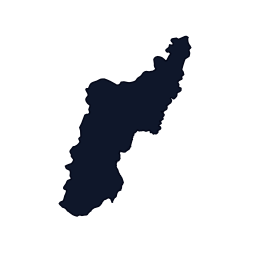 Elías, Huila, Colombia, rotated 330°
{"feature_id": "7082276B98315935443", "entity_name": "Elías", "entity_type": "district", "adm_level": 2, "iso_a3": "COL", "parent_name": "Colombia", "parent_adm1": "Huila", "projection": "orthographic", "projection_center": [-75.954, 2.003], "detail": "fine", "context": "isolated", "style": "filled", "palette": "ink", "viewbox_px": 256, "rotation_deg": 330, "n_neighbors": 0, "source": "geoboundaries", "source_scale": "gbopen_adm2", "svg_char_len": 5827}
<svg xmlns="http://www.w3.org/2000/svg" viewBox="0 0 256 256"><g transform="rotate(330 128 128)"><path d="M225.2,79.6L224.5,78.1L223.3,77.4L216.2,76.6L215.5,75.8L214.8,74.5L211.2,73.1L210.1,73.0L209.2,73.7L209.1,74.8L209.6,76.4L209.4,77.4L209.1,78.1L208.3,78.5L207.7,78.6L207.1,78.2L206.7,77.7L205.6,76.9L204.5,78.1L203.9,78.7L202.9,78.9L200.2,79.3L199.6,79.9L199.7,81.0L200.0,81.8L201.3,82.3L201.9,82.9L202.2,84.8L201.5,85.5L199.6,86.3L195.6,88.9L194.7,88.9L193.9,88.5L193.5,86.8L192.4,84.1L191.1,82.5L189.2,81.0L187.3,80.6L185.8,80.9L184.7,81.7L183.3,85.3L182.1,87.4L181.8,88.8L181.8,90.6L181.4,91.1L180.2,91.3L177.9,91.4L176.0,90.6L174.4,90.1L172.1,88.3L170.9,87.9L169.6,87.9L168.6,88.1L166.3,89.2L164.6,89.7L162.9,89.7L161.0,89.9L159.4,90.7L158.0,91.2L156.2,91.0L154.5,90.6L152.1,89.8L150.7,88.9L147.5,86.1L145.0,85.0L143.0,86.1L141.7,86.2L139.6,85.4L138.7,83.7L135.8,78.9L134.0,76.4L132.0,73.9L130.4,73.0L128.9,72.3L127.1,72.1L124.6,72.0L123.2,71.7L120.5,71.2L119.0,71.1L117.5,71.4L116.2,72.2L113.4,74.3L112.0,73.4L111.4,73.3L110.9,73.6L110.7,74.4L110.6,78.1L110.2,79.4L109.4,80.3L107.3,81.1L106.0,82.0L105.4,83.5L105.4,85.2L105.6,86.7L106.5,89.1L106.4,89.9L103.5,92.4L102.9,95.0L102.3,95.8L101.2,96.3L99.9,96.2L98.7,95.5L97.1,95.4L90.3,101.0L86.5,103.5L85.8,106.6L83.0,112.0L80.9,112.4L80.2,112.7L80.0,113.4L79.9,114.8L79.7,115.7L79.0,116.5L77.1,117.2L75.5,117.6L73.2,117.6L72.4,117.5L71.6,117.1L71.0,117.0L68.8,118.0L66.9,118.7L66.0,119.6L65.9,120.6L65.9,122.4L65.8,123.0L65.4,123.5L64.9,124.0L64.9,124.7L65.1,126.3L65.3,127.5L65.1,128.6L64.3,129.2L62.9,130.1L62.1,130.4L60.7,130.6L58.2,130.1L56.0,129.8L54.8,129.8L54.6,130.8L54.5,132.2L54.8,132.8L56.6,135.4L56.6,136.0L56.2,137.4L55.8,138.2L54.4,140.0L54.0,140.7L54.0,142.4L53.9,143.3L53.3,143.7L52.7,143.9L51.6,143.8L50.6,143.6L49.7,143.5L48.9,143.7L48.4,144.0L46.6,145.4L44.5,146.4L42.9,147.2L42.4,147.8L42.2,148.4L42.5,149.2L43.6,150.5L43.7,151.2L43.3,152.0L42.7,152.7L41.1,154.1L39.5,155.2L37.1,157.6L36.3,158.3L35.5,158.7L34.7,158.9L34.1,158.9L33.9,158.7L32.3,158.5L30.8,159.1L30.8,159.6L31.0,160.8L31.6,162.5L31.6,163.0L31.8,163.7L32.6,164.5L33.5,165.8L33.9,166.7L34.0,167.4L34.2,168.2L34.2,168.9L34.3,169.6L34.8,170.2L35.1,170.9L35.8,172.7L37.0,175.3L38.1,176.8L38.8,177.6L39.9,178.7L40.2,178.8L41.0,178.7L42.0,178.7L42.3,178.9L43.1,179.3L44.4,180.6L46.6,181.4L48.4,182.3L48.9,182.4L49.5,182.4L50.7,181.8L53.1,181.1L54.4,181.1L54.7,180.7L55.6,180.4L56.1,180.2L58.1,180.0L59.0,180.0L63.1,181.0L63.8,181.0L64.7,180.9L65.4,180.7L66.0,180.2L66.9,180.2L67.2,180.1L67.4,179.8L67.6,179.0L68.2,179.1L68.8,179.1L70.2,178.3L71.5,178.0L72.7,178.3L73.6,178.4L74.7,178.3L76.3,178.5L77.5,180.1L77.7,180.8L77.7,181.4L77.6,181.6L77.5,182.4L77.5,182.9L77.3,183.5L77.1,184.9L78.2,183.3L79.2,182.9L80.1,182.2L81.5,181.5L82.7,181.5L83.6,181.1L84.7,179.8L86.2,178.4L87.6,177.8L88.5,177.5L89.4,177.8L90.7,178.0L90.9,177.8L91.0,177.2L91.2,176.9L91.8,176.9L92.1,176.7L92.7,175.9L93.4,174.8L93.6,174.5L95.0,174.0L95.3,173.4L96.1,173.2L96.6,172.7L97.5,168.4L97.5,167.6L97.4,166.9L97.5,166.3L97.5,165.3L97.3,164.8L97.2,164.0L97.5,163.5L97.3,162.8L97.3,162.3L97.6,161.5L97.5,161.1L98.0,159.6L98.1,158.2L98.0,157.2L98.1,156.4L98.2,155.9L98.3,155.2L98.9,154.7L99.1,154.4L99.1,154.0L99.3,153.7L99.6,153.3L99.8,152.9L100.2,152.4L100.6,152.2L101.0,152.0L101.1,151.7L101.0,151.0L101.3,150.9L101.6,151.0L101.9,151.2L103.4,151.5L103.7,151.5L104.0,151.4L104.8,150.8L105.4,150.6L105.7,150.3L105.9,150.0L105.9,149.5L106.1,149.1L106.9,148.0L107.4,147.1L107.6,145.4L108.5,145.0L108.9,144.3L109.1,144.1L110.1,144.1L110.3,144.4L110.5,144.9L110.8,145.2L112.2,146.5L113.2,147.1L113.6,147.2L113.9,147.2L114.9,147.0L115.2,146.8L116.1,146.9L117.1,146.5L117.6,146.9L118.1,146.8L118.8,146.5L119.1,146.1L119.6,146.0L119.7,145.6L119.9,145.3L120.3,145.3L120.9,145.4L121.1,145.1L121.3,144.5L121.8,143.9L123.5,142.2L125.2,140.5L126.0,140.1L126.2,139.5L126.4,138.8L127.6,138.2L128.1,137.2L129.4,136.9L129.7,136.5L129.8,135.9L130.2,135.6L130.8,135.4L131.6,135.5L132.6,135.2L133.1,135.2L134.3,134.7L135.0,134.5L135.3,134.5L136.2,135.9L136.8,136.3L137.6,136.5L138.5,137.1L139.4,137.3L140.6,138.0L142.0,139.7L145.0,140.4L145.4,140.7L145.7,141.1L145.8,141.6L145.3,143.1L145.7,143.4L146.2,143.2L146.4,143.5L146.9,144.7L147.0,145.8L147.7,145.9L148.7,146.3L149.3,147.0L149.9,147.0L150.5,147.0L151.9,146.4L152.0,146.1L151.8,145.9L151.8,145.4L152.2,145.1L153.8,145.0L154.7,145.1L155.5,145.0L156.0,144.7L156.3,144.2L156.4,143.4L156.3,142.8L155.9,142.3L155.6,141.7L155.7,141.4L156.0,141.0L156.8,140.8L158.7,140.6L159.1,140.4L159.1,139.9L158.8,138.7L158.7,138.2L159.0,137.9L159.6,138.1L160.0,138.3L160.5,138.0L161.1,137.8L162.5,137.8L162.8,137.7L163.0,137.2L163.0,136.5L163.2,135.9L163.9,135.6L165.2,135.2L165.6,134.8L165.9,134.4L165.8,133.7L165.6,132.9L165.0,131.1L165.1,130.6L165.6,130.8L166.3,131.3L166.6,131.7L167.6,131.1L168.6,131.0L169.7,131.1L170.5,131.0L170.9,130.9L171.7,130.2L172.2,129.4L172.5,128.0L173.0,127.9L174.2,127.9L175.5,127.6L177.0,127.5L177.8,127.3L179.1,126.3L179.5,125.5L179.3,124.6L179.5,123.8L179.8,123.5L180.2,123.3L180.8,123.3L181.4,123.7L181.6,124.5L181.9,125.3L182.3,125.6L183.0,125.6L184.4,125.2L185.8,124.7L186.7,123.9L187.1,123.1L187.8,122.3L188.3,122.0L189.0,122.0L189.8,122.0L190.7,122.2L192.0,122.0L192.6,121.8L193.6,120.3L193.6,119.7L192.7,118.9L192.4,118.2L192.4,117.6L192.8,116.8L193.7,115.7L193.7,113.9L194.2,112.9L194.8,112.6L195.9,112.3L197.0,112.4L197.7,112.3L198.7,112.5L199.3,112.3L199.5,111.9L199.6,111.4L199.9,110.5L200.5,109.9L201.8,109.8L202.9,109.5L203.6,107.2L203.7,106.5L203.4,104.9L204.0,103.8L206.7,101.1L210.2,97.9L212.0,96.5L214.7,96.4L216.6,96.3L217.8,95.1L218.8,93.8L219.2,92.2L219.4,91.2L220.5,90.2L221.8,90.0L222.5,89.7L222.5,88.9L222.6,87.8L222.4,86.4L222.5,85.1L222.7,83.8L223.2,82.4L224.2,80.4L225.2,79.6Z" fill="#0f172a" stroke="#020617" stroke-width="1.5"/></g></svg>